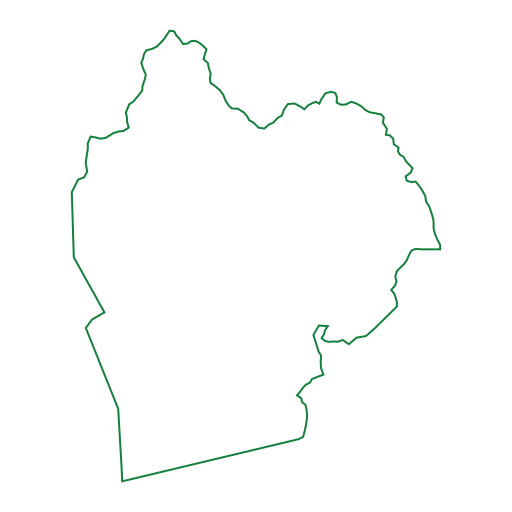 Caturama, Bahia, Brazil
{"feature_id": "56859067B37674198334036", "entity_name": "Caturama", "entity_type": "district", "adm_level": 2, "iso_a3": "BRA", "parent_name": "Brazil", "parent_adm1": "Bahia", "projection": "albers", "projection_center": [-42.287, -13.232], "detail": "fine", "context": "isolated", "style": "outline", "palette": "green", "viewbox_px": 512, "rotation_deg": 0, "n_neighbors": 0, "source": "geoboundaries", "source_scale": "gbopen_adm2", "svg_char_len": 2468}
<svg xmlns="http://www.w3.org/2000/svg" viewBox="0 0 512 512"><path d="M440.2,249.3L440.1,244.7L437.2,239.3L434.8,233.6L433.6,228.4L433.6,223.6L433.3,219.2L431.6,213.4L429.4,206.8L426.0,201.4L425.2,195.8L421.7,189.6L418.0,184.4L415.5,181.5L411.7,182.2L406.7,180.7L405.6,176.4L410.8,172.5L412.5,168.1L409.9,165.4L406.3,161.7L403.4,156.7L399.8,154.6L397.9,151.3L398.6,147.6L393.8,144.3L393.2,138.7L389.9,135.4L385.9,134.8L386.9,128.9L382.9,122.7L383.8,117.4L381.3,114.5L374.6,113.1L369.5,112.2L365.3,109.9L360.9,106.0L355.9,103.3L351.2,101.8L345.8,104.5L340.9,104.7L336.7,102.6L336.9,97.1L335.3,93.1L331.3,91.8L325.5,93.2L321.5,99.0L319.3,103.7L316.0,101.8L312.5,103.1L308.3,105.2L304.4,109.3L300.4,106.6L294.6,103.5L287.9,104.1L283.9,109.7L281.9,115.5L277.5,118.0L273.4,122.6L268.8,124.6L264.4,128.5L258.6,127.7L253.7,122.8L249.2,120.2L247.3,116.5L243.8,112.4L237.8,108.7L231.9,108.5L228.6,105.4L225.7,100.9L223.2,94.7L220.0,90.3L214.6,85.7L210.5,83.0L209.9,78.7L210.7,73.7L208.9,68.5L207.9,63.1L203.5,59.2L204.9,54.3L206.5,49.3L203.0,45.8L199.0,42.6L195.2,40.8L190.9,41.2L187.7,43.5L183.1,44.1L179.8,39.2L176.0,35.0L174.3,31.4L169.6,30.7L167.0,34.6L164.0,39.1L160.8,42.7L156.5,46.8L152.0,48.9L146.4,50.3L144.0,54.1L143.0,58.9L141.2,62.6L143.4,69.2L145.8,74.6L144.8,79.4L142.6,85.7L142.2,90.7L138.4,95.6L133.4,101.5L129.1,104.4L127.7,108.1L125.8,112.7L126.9,117.0L127.1,121.8L128.7,127.6L123.7,130.9L118.9,131.5L113.8,132.9L105.6,137.9L100.3,138.7L95.1,137.3L90.6,136.6L87.8,143.3L87.8,149.1L86.8,155.1L85.7,162.8L86.4,167.1L87.2,171.5L84.2,177.3L78.2,179.5L71.8,192.1L73.8,257.4L77.9,264.6L88.7,284.2L94.4,294.2L99.2,303.1L102.5,308.9L104.4,312.4L92.2,319.4L85.8,327.9L118.2,408.8L119.6,433.2L121.6,467.8L122.2,481.3L298.4,439.2L303.1,436.9L304.6,431.5L306.0,425.0L306.8,419.5L307.1,415.6L306.7,410.6L305.5,404.9L302.0,402.0L301.2,398.2L297.0,395.4L299.5,392.4L302.7,388.1L305.8,384.7L309.9,382.7L312.1,378.9L323.4,374.6L321.1,368.4L320.7,362.6L321.0,355.4L318.5,351.4L317.4,347.7L313.4,335.0L315.3,331.6L319.0,325.5L327.8,326.2L325.2,329.9L323.8,334.6L321.6,338.2L325.0,340.9L328.7,341.9L333.2,341.5L337.9,341.7L342.7,340.0L348.9,344.2L352.7,340.9L356.6,337.6L361.0,336.9L365.9,336.1L375.0,328.1L396.9,306.5L396.9,302.2L395.7,297.9L394.5,294.1L391.2,290.0L395.1,285.4L396.5,281.5L395.3,276.4L397.0,271.0L401.0,267.0L403.8,264.3L406.8,260.2L409.2,254.6L411.6,250.5L415.5,248.9L420.7,249.3L433.0,249.3L440.2,249.3Z" fill="none" stroke="#15803d" stroke-width="2"/></svg>